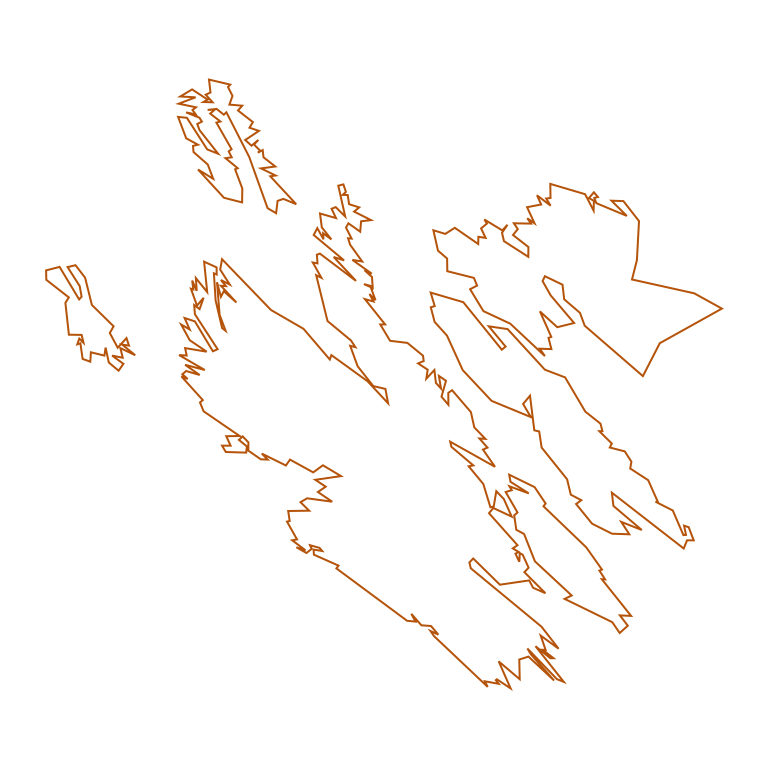 outline of Austrheim nor, Norway
{"feature_id": "86288312B90213483192723", "entity_name": "Austrheim nor", "entity_type": "district", "adm_level": 2, "iso_a3": "NOR", "parent_name": "Norway", "parent_adm1": "", "projection": "mercator", "projection_center": [4.933, 60.784], "detail": "fine", "context": "isolated", "style": "outline", "palette": "amber", "viewbox_px": 768, "rotation_deg": 0, "n_neighbors": 0, "source": "geoboundaries", "source_scale": "gbopen_adm2", "svg_char_len": 6087}
<svg xmlns="http://www.w3.org/2000/svg" viewBox="0 0 768 768"><path d="M345.9,191.9L343.4,184.4L338.3,185.7L345.2,216.5L335.7,207.1L331.6,208.8L336.0,218.1L320.0,213.5L321.8,227.4L331.4,239.4L323.1,233.3L323.5,239.3L317.3,228.1L313.7,235.0L344.1,260.4L333.7,257.0L356.0,280.9L319.9,253.6L316.9,254.7L317.5,263.4L312.8,262.5L321.4,277.8L316.2,275.2L327.5,321.0L350.9,340.4L355.4,347.2L350.2,345.8L357.6,366.2L373.3,386.1L385.4,388.9L388.1,403.3L367.6,381.3L331.4,355.1L329.8,359.5L303.5,328.8L271.0,310.0L222.0,259.2L220.2,269.6L229.8,284.6L220.9,280.0L225.9,286.1L221.0,285.8L236.4,302.5L223.8,291.2L220.9,296.8L217.0,282.2L219.6,314.8L225.6,330.8L222.1,328.1L215.6,300.3L213.9,273.3L216.7,274.5L216.6,267.4L204.1,261.7L207.2,292.1L195.9,278.1L196.7,290.9L192.2,280.5L193.3,289.5L190.9,288.7L197.0,305.6L203.6,297.8L199.6,309.1L194.2,305.1L194.9,314.2L217.6,349.2L212.9,351.3L194.9,321.4L184.6,318.0L189.7,329.5L181.2,324.5L189.7,340.2L206.7,351.7L185.1,348.1L186.7,355.5L179.1,355.1L204.8,370.0L185.1,364.8L199.7,375.0L186.1,371.0L182.4,374.3L187.7,379.0L181.4,376.4L202.8,400.1L200.0,402.5L203.6,411.3L239.6,436.0L226.3,436.2L230.6,445.7L222.1,445.7L225.8,452.0L246.2,452.6L246.9,446.4L238.9,439.9L242.7,436.4L248.4,442.4L248.3,450.6L260.8,459.3L267.7,459.6L261.8,453.6L285.9,465.5L290.0,459.6L313.2,472.4L322.9,465.3L341.0,476.1L315.3,479.8L325.7,486.7L317.9,492.0L332.2,501.7L307.1,498.3L300.5,502.2L309.2,510.7L288.2,511.0L289.7,521.0L287.0,521.6L297.0,539.4L292.2,540.3L305.5,550.3L296.4,547.3L306.5,553.0L311.7,548.8L310.0,545.2L319.6,547.9L322.2,551.0L313.6,549.6L313.9,554.7L338.5,565.6L336.4,568.4L407.1,620.8L415.6,621.6L411.3,613.8L421.4,625.3L431.0,626.0L438.3,634.6L430.5,631.0L434.1,636.2L487.7,686.9L484.9,681.3L498.7,683.8L495.8,680.2L496.9,679.3L510.6,688.4L498.7,661.4L519.7,679.2L519.3,659.5L528.5,656.6L554.1,680.5L530.9,654.3L527.4,648.5L557.0,679.2L563.8,681.9L535.5,646.2L550.3,658.2L553.5,658.2L542.8,649.8L545.6,649.9L540.7,635.6L558.6,648.7L541.5,626.7L470.8,568.3L469.4,562.5L473.2,558.5L499.9,584.7L529.2,580.4L533.1,587.8L545.4,593.2L524.4,572.2L528.6,567.7L522.7,554.7L519.8,553.2L519.3,561.8L515.5,553.7L518.7,552.0L512.8,548.4L517.5,545.2L489.0,513.2L493.3,508.0L511.7,516.6L503.8,499.0L496.3,491.2L493.7,506.6L490.4,507.2L483.3,484.0L468.7,466.3L473.3,465.4L451.4,446.8L450.2,441.7L495.0,466.8L483.0,449.6L487.5,447.6L479.4,438.5L485.4,438.9L474.3,427.4L470.9,412.1L452.1,390.2L448.3,392.9L448.4,404.8L441.5,396.7L446.0,380.8L438.9,375.9L441.0,388.5L435.9,382.9L434.4,370.0L426.3,378.7L427.7,369.7L418.1,363.4L423.7,361.0L423.0,355.7L407.4,342.9L390.1,340.8L380.3,324.5L385.1,324.4L364.9,299.1L373.5,301.5L369.5,294.0L375.5,300.2L370.7,287.1L363.9,284.1L370.6,285.9L372.8,289.5L372.0,277.0L364.5,270.2L371.8,273.7L352.4,259.9L362.2,261.5L350.1,244.7L348.1,238.3L351.6,238.6L346.0,227.6L348.4,223.3L360.2,231.7L361.1,221.3L371.0,220.1L354.1,211.6L359.2,207.4L349.1,204.2L347.7,195.0L342.7,194.9L345.9,191.9ZM639.0,221.1L623.4,201.1L611.5,200.7L626.8,215.9L596.4,203.2L594.3,198.0L597.9,197.0L593.9,192.3L589.0,198.0L593.9,200.9L593.6,210.6L585.1,194.2L550.3,183.9L550.5,198.0L546.2,198.5L550.6,205.7L537.0,195.3L541.2,204.5L527.1,207.2L534.5,223.3L527.3,218.3L531.1,223.6L513.9,223.3L517.8,229.1L513.0,235.0L528.4,247.0L528.3,256.8L504.0,241.2L502.0,232.8L507.5,224.7L502.3,230.4L484.4,219.5L486.9,223.6L481.1,228.4L485.6,237.9L478.4,236.8L478.2,244.0L454.8,227.8L445.3,233.9L433.4,230.3L438.0,250.7L447.1,258.5L447.3,271.2L473.9,277.9L477.1,285.6L470.1,289.2L483.4,311.1L510.3,323.7L544.9,356.1L539.8,348.7L551.4,349.1L548.5,337.9L551.3,336.9L539.9,311.4L557.3,327.2L574.1,323.0L550.6,295.3L542.6,281.1L544.9,276.2L562.5,284.7L564.2,299.3L580.0,312.9L584.7,325.7L642.9,376.1L659.8,343.2L721.9,308.6L694.2,293.3L632.0,279.5L636.9,260.2L639.0,221.1ZM463.3,302.2L430.7,292.6L434.7,306.1L430.8,307.3L434.6,321.9L447.0,335.6L462.7,370.1L491.6,400.9L530.9,417.1L523.1,404.0L530.0,395.7L534.3,430.3L539.2,431.5L541.6,447.5L567.1,479.3L570.8,494.7L581.3,500.2L576.1,504.0L592.1,523.7L612.0,533.7L629.3,534.3L621.3,521.9L641.8,530.0L613.4,505.9L611.9,492.7L683.7,548.5L687.1,540.3L693.7,540.3L688.7,527.2L684.1,525.7L686.0,534.9L683.4,535.1L672.8,510.5L655.5,501.7L657.9,502.0L648.2,480.2L630.2,468.5L631.4,461.7L624.8,451.4L609.8,447.5L611.8,443.5L599.3,431.2L602.4,431.1L600.5,423.7L585.3,411.6L565.1,377.4L544.9,369.7L507.6,329.1L488.8,326.3L505.6,346.6L501.8,349.7L463.3,302.2ZM509.2,474.7L510.5,481.8L528.8,493.4L509.4,486.3L511.8,490.2L505.7,492.0L517.5,512.5L514.2,515.4L516.3,529.8L524.1,534.0L534.9,561.3L571.7,595.5L564.6,598.9L612.3,622.2L619.7,633.0L627.8,625.7L619.9,615.4L631.1,615.9L601.8,579.2L605.1,579.4L599.4,570.6L602.0,569.6L586.3,547.4L543.5,506.3L545.6,503.5L534.6,487.1L509.2,474.7ZM209.0,79.6L210.5,92.5L205.7,94.7L212.6,102.3L203.5,102.0L207.6,99.6L192.1,89.4L180.3,96.5L195.6,97.3L178.7,103.7L196.0,107.3L192.5,110.0L195.7,114.4L186.1,112.4L199.4,117.7L201.9,121.6L197.3,124.0L199.5,130.1L218.2,153.8L207.2,149.4L186.9,117.8L178.1,116.9L186.2,138.3L197.9,144.7L193.0,145.9L193.5,152.0L207.8,164.6L213.2,178.8L198.0,169.5L224.0,197.8L242.1,202.4L242.3,188.5L235.1,169.3L237.7,168.2L225.5,158.2L231.7,157.3L228.7,151.4L231.6,149.2L216.4,122.6L220.4,121.5L210.2,113.6L214.8,109.6L207.6,109.9L216.6,108.9L223.8,114.7L226.4,112.3L249.2,156.9L267.6,208.2L276.1,213.2L277.6,200.9L283.4,198.9L296.2,204.2L270.3,176.3L275.5,175.5L261.0,168.4L275.3,166.5L263.5,157.3L262.7,150.1L257.8,152.7L260.2,150.8L254.0,144.5L258.4,139.9L251.5,145.7L245.2,140.0L258.9,130.9L249.5,127.7L252.9,122.1L238.0,110.5L242.2,105.7L229.4,104.6L232.5,95.9L228.0,87.0L230.2,84.6L209.0,79.6ZM59.6,266.9L46.1,270.4L46.3,279.8L68.8,297.4L65.4,302.9L68.9,334.7L81.6,334.9L83.5,342.8L79.3,338.6L77.3,344.3L80.4,343.3L82.6,358.9L90.3,361.7L90.9,352.3L104.4,355.6L105.6,347.6L108.8,362.5L118.6,370.7L123.4,363.8L112.1,355.6L122.7,357.7L120.4,348.1L135.2,355.2L122.2,344.6L129.0,345.6L126.5,338.1L117.7,347.7L109.8,333.0L113.6,326.3L91.9,305.0L85.1,277.7L75.5,265.2L67.6,267.1L79.7,286.1L81.6,296.7L79.1,299.4L59.6,266.9Z" fill="none" stroke="#b45309" stroke-width="2"/></svg>